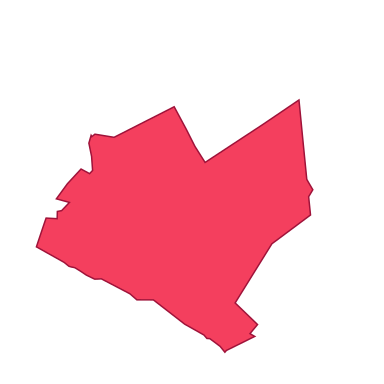 Ulster, New York, United States of America (Albers equal-area conic projection), rotated 116°
{"feature_id": "52423323B54966547945963", "entity_name": "Ulster", "entity_type": "district", "adm_level": 2, "iso_a3": "USA", "parent_name": "United States of America", "parent_adm1": "New York", "projection": "albers", "projection_center": [-74.186, 41.879], "detail": "fine", "context": "isolated", "style": "filled", "palette": "rose", "viewbox_px": 384, "rotation_deg": 116, "n_neighbors": 0, "source": "geoboundaries", "source_scale": "gbopen_adm2", "svg_char_len": 861}
<svg xmlns="http://www.w3.org/2000/svg" viewBox="0 0 384 384"><g transform="rotate(116 192 192)"><path d="M160.7,75.4L145.1,85.1L137.0,84.4L131.9,92.1L130.3,94.4L95.6,115.8L62.4,136.2L94.1,154.4L99.7,157.6L159.7,193.2L149.7,209.4L138.1,224.7L123.2,245.4L177.0,286.0L182.6,304.6L186.1,306.3L185.3,307.5L193.3,306.1L204.1,297.8L216.2,290.8L220.4,292.1L220.0,301.8L239.2,307.6L257.6,310.9L255.1,297.6L265.9,301.0L268.5,304.5L275.1,301.5L279.4,311.7L284.4,311.1L309.5,307.8L311.3,276.2L312.7,270.1L312.3,267.6L311.7,265.5L311.4,263.9L312.0,257.8L313.0,250.6L313.0,249.2L313.0,241.3L311.3,238.1L309.8,235.4L310.7,203.2L313.1,194.3L305.9,179.4L314.0,140.6L315.3,118.6L317.1,114.4L316.0,111.7L318.4,99.1L321.6,92.2L319.3,91.6L294.3,72.3L293.9,77.8L282.4,75.0L272.8,104.6L214.2,98.6L203.5,97.5L160.7,75.4Z" fill="#f43f5e" stroke="#9f1239" stroke-width="1.5"/></g></svg>